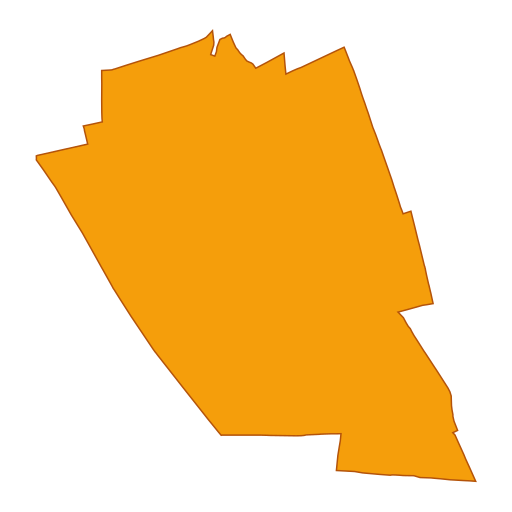 the district of Scanteiesti, Galati, Romania
{"feature_id": "2599482B67420724035432", "entity_name": "Scanteiesti", "entity_type": "district", "adm_level": 2, "iso_a3": "ROU", "parent_name": "Romania", "parent_adm1": "Galati", "projection": "albers", "projection_center": [27.986, 45.7], "detail": "fine", "context": "isolated", "style": "filled", "palette": "amber", "viewbox_px": 512, "rotation_deg": 0, "n_neighbors": 0, "source": "geoboundaries", "source_scale": "gbopen_adm2", "svg_char_len": 3080}
<svg xmlns="http://www.w3.org/2000/svg" viewBox="0 0 512 512"><path d="M353.4,70.1L352.5,67.8L349.4,60.8L348.3,57.8L347.7,56.3L345.6,50.9L344.4,47.9L344.1,47.2L341.1,48.6L337.2,50.4L301.0,67.5L297.4,68.8L292.8,70.8L285.9,74.1L285.1,66.3L284.0,53.0L266.5,62.6L256.6,67.8L255.7,68.2L255.2,67.4L253.6,65.1L252.9,64.1L251.2,62.9L249.2,62.1L246.9,61.0L245.6,59.5L245.4,59.3L243.1,55.9L241.4,54.5L239.6,52.6L237.8,49.9L235.9,47.8L233.2,41.9L231.7,38.2L230.5,35.2L230.2,34.4L226.6,36.3L225.2,37.5L224.0,38.0L222.4,38.2L219.9,39.5L219.4,40.9L217.3,46.5L217.0,47.3L216.9,48.0L216.4,51.8L214.8,56.1L212.3,55.2L211.8,55.0L210.7,54.6L211.2,52.9L213.7,45.2L213.9,42.1L213.5,39.5L213.3,37.3L212.5,30.7L211.6,31.6L211.3,32.0L207.7,35.8L207.3,36.2L206.4,37.2L204.2,38.5L198.5,41.2L195.8,42.3L190.1,44.6L186.7,45.9L183.3,46.9L180.7,47.6L176.8,49.0L173.3,50.2L158.4,55.3L139.4,61.1L126.4,65.2L116.6,68.4L114.4,69.1L113.8,69.2L113.0,69.5L111.7,69.9L109.0,70.1L105.4,70.3L101.7,70.5L101.7,77.8L101.8,83.5L101.7,100.4L101.8,112.4L102.0,118.5L102.3,121.9L92.8,124.0L83.3,126.0L84.3,129.0L84.5,130.8L85.0,132.7L87.7,144.1L37.5,155.4L36.3,155.9L36.4,157.7L36.4,159.1L36.3,159.9L43.6,170.1L51.8,182.1L55.0,186.5L56.1,188.3L61.0,196.8L71.4,215.1L82.3,232.8L87.5,242.1L102.0,268.2L102.6,269.2L112.1,286.2L113.3,288.5L114.1,289.6L120.0,299.0L131.1,316.4L133.2,319.5L153.2,349.3L155.3,352.2L155.7,352.6L157.9,355.5L182.6,387.0L206.3,417.0L207.7,418.8L218.5,432.1L221.2,435.3L221.8,435.1L260.4,435.1L267.8,435.3L269.1,435.4L296.1,435.8L301.1,435.7L302.1,435.6L304.2,435.4L306.2,434.9L319.5,434.3L319.8,434.2L324.6,434.0L330.8,433.8L335.7,433.8L341.0,433.7L340.3,440.8L339.3,446.7L337.9,455.3L336.4,470.5L354.6,471.5L362.7,472.9L379.5,474.4L390.2,475.2L392.1,474.9L392.9,474.9L395.8,475.0L399.3,475.2L403.0,475.5L406.4,475.6L407.3,475.6L413.9,475.7L419.9,477.5L421.2,477.6L421.9,477.6L430.9,477.9L434.9,478.3L440.8,478.8L450.4,479.8L452.4,479.9L464.5,480.6L469.1,480.8L475.7,481.3L469.8,468.1L465.5,458.7L464.0,455.0L462.1,450.8L461.6,449.7L458.2,442.2L455.0,435.0L452.8,432.7L457.6,430.4L454.0,421.2L452.9,416.3L452.9,414.6L452.0,409.8L451.5,405.7L451.2,396.0L449.9,391.8L448.0,388.1L437.5,371.7L434.0,366.4L427.0,355.7L425.3,353.1L424.9,352.5L424.3,351.7L417.0,340.2L414.0,335.6L411.7,331.5L410.3,328.7L408.2,326.3L406.1,322.8L403.4,317.7L398.0,312.1L410.2,308.8L420.5,305.9L422.6,305.3L426.8,304.7L433.1,303.6L432.8,302.2L432.4,300.4L431.7,297.2L430.9,293.5L430.0,289.8L429.0,285.5L428.9,285.1L428.8,284.9L428.6,284.2L426.7,275.9L425.5,270.2L425.3,268.8L425.0,267.8L424.7,266.5L424.3,265.5L419.4,245.2L417.9,239.6L414.5,225.7L413.4,221.3L410.9,211.2L403.1,213.8L401.7,210.0L400.5,207.1L399.4,203.4L396.9,195.5L394.5,188.3L394.1,187.4L394.1,187.2L391.8,179.8L391.7,179.5L389.8,174.1L387.9,168.6L383.6,156.4L381.4,150.0L380.8,148.7L380.7,148.4L378.9,143.7L377.7,140.2L375.6,134.4L373.3,128.6L372.9,127.7L368.2,113.1L366.6,108.6L364.7,102.9L363.2,98.8L361.9,95.0L360.9,91.9L359.9,88.6L357.4,81.2L356.5,78.6L354.0,71.6L353.8,71.0L353.6,70.4L353.4,70.1Z" fill="#f59e0b" stroke="#b45309" stroke-width="1.5"/></svg>